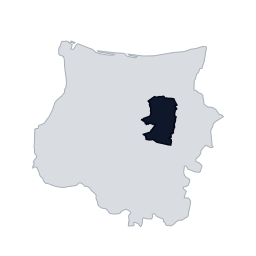 Haut-Sassandra, Haut-Sassandra, Ivory Coast (highlighted), rotated 192°
{"feature_id": "98640826B13622385448205", "entity_name": "Haut-Sassandra", "entity_type": "district", "adm_level": 2, "iso_a3": "CIV", "parent_name": "Ivory Coast", "parent_adm1": "Haut-Sassandra", "projection": "orthographic", "projection_center": [-6.803, 7.032], "detail": "fine", "context": "in_parent", "style": "filled", "palette": "ink", "viewbox_px": 256, "rotation_deg": 192, "n_neighbors": 0, "source": "geoboundaries", "source_scale": "gbopen_adm2", "svg_char_len": 7316}
<svg xmlns="http://www.w3.org/2000/svg" viewBox="0 0 256 256"><g transform="rotate(192 128 128)"><path d="M55.8,49.0L56.7,49.0L59.0,48.3L61.0,46.8L63.0,43.6L65.6,41.1L68.5,41.2L69.4,40.8L70.4,40.7L71.6,42.4L72.9,43.7L73.7,43.7L74.4,46.1L79.7,47.1L82.0,47.8L84.0,49.6L84.6,49.6L85.4,49.2L86.1,48.6L86.2,47.9L85.4,46.4L85.7,44.9L86.6,43.6L88.0,43.6L90.1,43.2L92.4,43.2L94.2,43.4L94.9,42.1L94.3,38.5L94.4,36.6L94.7,34.9L95.4,34.2L98.0,36.3L100.5,37.1L102.2,37.1L102.7,36.7L101.9,34.4L102.1,33.7L102.8,33.3L103.9,33.1L107.0,32.2L107.3,32.3L107.9,36.0L107.6,37.1L108.3,39.6L109.1,41.9L109.0,42.8L108.4,44.2L107.6,45.5L107.7,46.0L108.9,46.9L111.3,47.8L113.7,48.0L115.1,46.7L116.5,45.6L117.5,44.7L117.8,43.2L119.4,42.2L123.8,40.9L127.9,40.7L128.8,41.1L130.7,43.1L133.0,44.4L136.6,44.2L139.2,45.0L141.4,46.6L142.9,50.0L144.6,52.4L145.3,55.9L147.9,57.7L149.9,58.6L152.7,61.1L155.5,62.4L158.5,62.1L159.9,63.4L162.1,64.3L164.3,64.4L166.2,61.4L168.7,60.3L175.1,57.9L177.7,56.8L180.2,56.1L186.4,55.9L192.2,56.5L195.1,57.1L197.0,56.7L198.9,58.0L200.9,60.9L202.4,61.9L204.1,62.9L205.3,65.2L206.7,67.4L207.5,68.4L209.2,70.7L210.7,70.7L212.2,69.7L212.8,69.0L213.1,70.5L212.5,72.9L212.7,74.4L213.5,74.9L213.1,76.9L211.4,80.2L211.4,82.1L213.1,82.7L214.4,84.7L215.1,88.3L215.9,89.4L215.9,90.2L217.3,98.7L218.9,107.2L217.9,108.3L216.6,108.7L215.7,109.1L215.5,109.9L216.1,111.0L215.7,112.1L214.1,112.9L210.5,115.6L210.3,116.7L209.3,119.0L208.6,120.4L207.4,123.1L205.6,130.0L205.0,135.8L204.9,137.5L204.2,138.8L203.3,140.6L199.5,145.5L197.5,149.6L197.8,151.3L197.9,153.1L197.3,154.3L197.4,157.7L197.9,160.6L198.7,163.4L201.6,171.3L203.1,176.0L204.0,179.9L204.8,182.5L205.6,183.5L205.9,184.5L210.1,185.2L211.0,185.8L212.2,190.8L212.0,193.1L211.1,194.0L211.2,195.9L211.0,198.3L210.4,199.2L208.0,199.4L206.4,200.3L204.3,200.0L204.1,199.4L203.0,199.2L199.8,197.8L200.3,193.5L198.9,193.3L197.7,193.9L195.6,199.1L194.5,200.0L178.8,197.4L175.4,195.3L171.3,194.8L164.2,195.1L158.4,195.8L156.7,197.1L171.5,196.3L173.1,196.4L173.8,197.2L155.1,199.0L148.0,200.1L145.9,199.8L144.3,198.1L136.5,198.0L135.0,198.5L134.0,199.8L137.0,199.5L141.9,199.4L143.2,200.3L128.1,201.6L117.6,204.0L113.2,205.8L98.6,211.5L89.7,214.2L87.4,215.2L83.3,218.0L78.1,219.8L72.3,223.1L68.7,223.8L67.9,222.8L67.8,217.2L67.3,209.7L67.5,206.8L68.0,204.1L68.0,201.9L69.8,201.1L70.3,200.1L70.5,197.2L72.2,194.6L72.2,190.0L72.7,189.0L73.1,187.8L72.4,184.7L71.5,179.0L71.0,178.7L70.6,178.9L69.7,179.0L66.0,177.0L63.2,176.7L61.2,175.0L61.1,173.1L60.1,171.9L59.5,169.7L58.5,167.2L55.7,165.6L53.1,165.2L51.2,165.6L49.1,165.5L46.6,164.6L44.9,163.6L43.2,161.8L41.7,160.3L40.5,160.4L39.0,160.1L37.6,159.4L37.1,158.9L43.2,153.0L45.3,150.1L45.5,148.3L45.5,146.5L46.2,144.7L46.4,141.9L43.1,131.7L42.2,128.5L41.3,127.6L40.8,127.3L42.4,126.0L44.8,126.3L48.3,127.4L49.1,126.3L51.8,121.2L51.8,119.3L51.5,118.0L53.1,114.5L54.4,113.1L55.0,111.7L54.8,109.7L53.9,108.9L52.6,109.1L51.1,108.6L48.9,107.4L47.7,106.4L48.1,101.7L48.3,100.3L49.1,99.5L50.4,99.3L53.9,99.1L56.7,99.7L59.2,100.0L60.6,100.0L61.7,101.3L63.1,102.8L64.4,102.7L64.8,101.7L64.5,97.1L63.7,94.7L61.8,92.4L56.8,90.4L56.7,87.6L57.2,84.6L58.3,83.4L62.0,81.5L61.4,80.5L60.2,79.4L57.8,78.3L58.4,74.7L58.5,71.4L56.5,71.8L54.5,72.0L52.8,71.0L51.4,69.0L51.1,63.6L51.2,57.4L50.9,54.7L51.5,53.2L53.2,51.9L55.1,50.1L55.8,49.0ZM202.3,200.1L201.5,201.3L197.5,200.5L198.5,199.5L202.3,200.1Z" fill="#d9dde1" stroke="#a8b0b8" stroke-width="1"/><path d="M107.7,120.7L104.9,120.8L103.9,121.0L101.1,122.0L97.1,120.2L96.5,120.1L90.4,120.1L85.1,120.0L83.6,120.2L82.7,120.2L82.7,120.4L82.7,120.6L82.7,120.8L82.7,121.0L82.7,121.3L82.8,121.7L82.8,121.8L82.8,122.2L82.8,122.3L82.7,122.4L82.8,122.5L83.0,122.7L83.0,122.9L83.0,123.2L82.9,123.3L82.7,123.6L82.9,124.1L83.1,124.2L83.2,124.4L83.1,124.6L83.1,124.8L83.2,125.1L83.4,125.2L83.4,125.3L83.5,125.3L83.9,125.8L84.0,125.8L84.3,125.6L84.5,125.7L84.7,125.9L85.0,126.3L85.1,126.5L85.2,126.4L85.3,126.4L85.4,126.5L85.5,126.6L85.5,127.0L85.6,127.3L85.5,127.5L85.2,127.5L85.0,127.4L84.7,127.4L84.5,127.5L84.4,127.5L84.2,127.7L84.1,127.8L83.9,127.9L83.9,128.0L84.0,128.4L84.1,128.6L84.3,128.6L84.4,128.8L84.3,129.2L84.3,129.4L84.3,129.5L84.4,129.8L84.6,130.0L84.9,130.3L85.0,130.4L85.0,130.5L84.9,130.9L84.8,131.1L84.7,131.2L84.6,131.4L84.4,131.4L84.1,131.4L83.9,131.5L83.7,131.5L83.7,131.8L83.8,131.9L83.8,132.0L83.5,132.2L83.4,132.4L83.3,132.5L83.0,132.6L82.9,132.6L82.6,132.8L82.6,133.0L82.9,133.3L83.0,133.4L83.2,133.9L83.3,134.0L83.3,134.3L83.2,134.5L83.0,135.0L83.2,135.3L83.2,135.6L83.2,135.8L83.1,136.0L83.1,136.6L83.0,136.9L82.9,137.2L83.0,137.6L83.1,138.0L83.3,138.1L83.2,138.3L82.8,138.3L82.6,138.5L82.6,138.8L82.8,139.1L83.1,139.1L83.4,139.5L83.5,139.6L83.5,139.8L83.3,139.9L83.3,140.0L83.2,140.1L83.3,140.5L83.3,140.8L83.5,140.9L83.6,141.0L83.8,141.2L83.8,141.3L83.8,141.5L83.7,141.6L83.6,142.1L83.6,142.4L83.4,142.8L83.4,143.1L83.4,143.3L83.3,143.7L83.3,143.8L83.2,143.8L83.2,144.1L83.3,144.2L83.4,144.4L83.4,144.8L83.4,145.1L83.3,145.3L83.2,145.4L83.2,145.7L83.3,146.0L83.6,146.5L83.8,146.5L83.9,146.8L83.8,147.0L83.8,147.3L83.6,147.5L83.4,147.6L83.3,147.9L83.3,148.0L83.3,148.4L83.3,148.5L83.3,148.8L83.5,149.0L83.8,149.1L84.2,149.2L84.3,149.1L84.5,149.2L84.9,149.2L84.9,149.3L85.0,149.4L85.0,149.5L85.2,150.0L85.3,150.1L85.2,150.2L85.3,150.3L85.3,150.6L85.2,150.9L85.2,151.0L85.3,151.0L85.4,151.3L85.5,151.5L85.6,151.9L85.6,152.0L85.4,152.4L85.4,152.5L85.7,152.7L85.9,152.8L85.9,153.0L85.7,153.3L85.4,153.6L85.4,153.8L85.4,154.0L85.5,154.3L85.6,154.6L85.5,154.9L85.5,155.0L85.5,155.3L85.5,155.5L85.4,155.7L85.2,155.9L84.8,156.1L84.5,156.4L84.5,156.5L84.4,156.7L84.5,156.8L84.5,157.0L84.8,157.1L85.1,157.3L85.1,157.5L85.3,157.5L85.5,157.5L85.7,157.8L85.8,158.1L85.9,158.3L86.1,158.4L86.2,158.6L86.2,158.8L86.4,159.4L86.5,159.5L86.5,159.8L86.3,159.9L86.2,160.1L85.9,160.3L85.6,160.4L85.3,160.4L85.2,160.3L84.9,160.5L85.0,160.8L85.3,160.8L85.5,160.8L85.6,161.0L85.7,161.4L85.7,161.5L87.0,163.0L87.6,163.7L88.2,164.5L89.0,165.8L89.3,166.0L90.1,166.0L90.8,166.0L92.1,165.9L92.9,165.7L93.7,165.5L94.4,165.4L94.7,165.4L95.5,165.3L96.6,165.3L97.3,164.6L99.8,166.4L100.7,166.1L101.9,165.5L102.0,165.4L102.3,165.4L102.6,165.4L103.7,165.2L105.0,164.9L105.1,164.6L105.7,163.9L108.6,164.2L113.3,159.1L113.6,158.9L113.8,158.6L113.8,158.4L112.6,157.6L111.8,157.1L111.9,155.5L111.8,155.4L111.5,155.2L111.4,155.1L111.5,154.9L111.5,154.7L111.1,153.8L109.7,151.9L109.5,149.6L108.6,147.3L108.9,144.4L109.5,143.8L114.9,140.4L115.0,139.3L116.9,139.0L116.5,138.9L116.4,138.8L115.9,138.7L115.7,138.6L115.4,138.5L114.8,138.2L114.5,138.2L114.1,138.0L113.8,137.9L113.5,137.8L113.4,137.8L113.3,137.7L113.2,137.7L112.9,137.6L112.8,137.4L112.6,137.4L112.3,137.2L112.0,137.0L111.8,136.9L111.7,136.9L111.5,136.7L111.4,136.5L111.4,136.3L111.7,136.1L111.3,135.9L111.2,135.7L110.8,135.3L109.5,136.1L108.7,136.1L108.7,137.2L106.6,137.2L104.5,136.9L104.1,136.7L101.8,137.0L101.8,136.7L104.5,130.9L104.9,130.5L105.0,129.3L105.1,128.7L111.6,125.0L111.5,124.9L111.4,124.8L111.0,124.6L110.8,124.5L110.4,124.4L110.1,124.4L109.9,124.4L109.6,124.0L109.4,123.8L109.2,123.8L109.0,123.7L108.9,123.6L108.7,123.6L108.5,123.3L108.5,123.2L108.6,122.8L108.5,122.6L108.6,122.2L108.4,122.0L108.3,121.9L107.9,121.5L107.9,121.4L107.8,121.2L107.9,120.9L107.7,120.8L107.7,120.7L107.7,120.7Z" fill="#0f172a" stroke="#020617" stroke-width="1.5"/></g></svg>